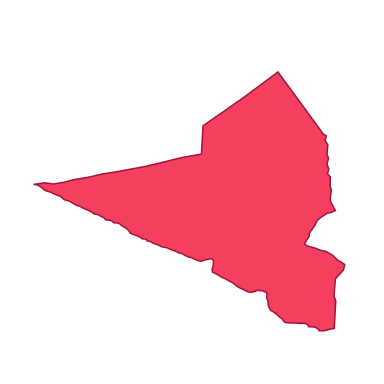 the district of At Tadamon - SK, South Kordufan, Sudan, rotated 275°
{"feature_id": "16777658B49478662281146", "entity_name": "At Tadamon - SK", "entity_type": "district", "adm_level": 2, "iso_a3": "SDN", "parent_name": "Sudan", "parent_adm1": "South Kordufan", "projection": "natural_earth1", "projection_center": [31.568, 12.176], "detail": "fine", "context": "isolated", "style": "filled", "palette": "rose", "viewbox_px": 384, "rotation_deg": 275, "n_neighbors": 0, "source": "geoboundaries", "source_scale": "gbopen_adm2", "svg_char_len": 2271}
<svg xmlns="http://www.w3.org/2000/svg" viewBox="0 0 384 384"><g transform="rotate(275 192 192)"><path d="M64.9,330.6L65.0,332.4L65.1,334.0L65.2,335.4L65.6,336.5L66.0,337.8L67.1,340.7L67.9,343.5L68.6,345.6L81.5,345.2L92.8,344.8L96.0,344.7L100.6,342.5L118.2,342.5L127.3,349.6L133.0,350.5L135.3,346.5L136.8,342.9L141.0,338.0L144.5,330.7L145.2,325.0L146.8,319.6L148.3,311.6L150.2,308.5L157.8,312.5L161.2,312.5L165.1,314.7L169.6,317.4L174.6,319.2L178.0,322.7L182.6,328.5L183.7,332.1L186.0,336.5L194.8,330.7L199.4,330.3L205.9,330.7L210.1,329.0L216.0,328.7L219.2,328.5L221.9,325.4L226.8,326.3L231.4,324.1L234.2,324.5L237.5,325.0L241.3,323.2L250.8,323.2L255.0,320.1L259.6,321.0L261.1,317.8L289.9,292.7L319.1,267.1L318.8,266.8L318.6,266.6L316.0,263.7L289.7,234.1L259.0,197.3L258.8,197.2L231.1,198.1L230.6,198.1L225.7,179.8L223.9,174.4L213.4,143.4L205.1,113.1L202.0,100.7L197.8,87.8L194.1,73.4L194.0,73.0L191.0,65.1L187.9,53.5L188.0,51.1L188.3,44.2L187.6,41.4L185.8,33.5L185.7,34.9L185.6,37.1L184.0,40.8L181.4,44.4L180.2,47.5L179.5,51.3L177.6,56.2L176.2,61.3L173.2,65.5L172.2,70.7L170.5,74.2L168.6,78.0L168.2,81.1L166.5,84.7L164.4,91.1L162.9,94.7L161.6,96.2L161.2,100.7L159.5,103.8L158.7,106.7L156.8,108.2L156.6,113.8L154.5,117.0L154.7,120.3L153.9,123.0L152.2,125.0L151.1,127.9L149.6,130.4L147.5,132.8L145.6,134.1L144.4,137.7L143.7,141.2L142.3,144.6L141.0,146.6L141.2,149.0L140.4,151.0L139.3,151.5L139.3,153.5L138.7,155.7L137.4,158.2L136.8,160.8L136.0,164.2L135.1,165.3L134.5,168.6L134.3,171.9L133.2,175.1L132.4,177.5L131.5,181.1L130.1,184.4L129.7,187.7L127.8,191.3L126.9,194.4L126.7,196.6L125.7,199.5L124.6,202.6L124.0,205.3L123.8,207.3L125.0,209.8L125.9,212.4L126.9,215.5L127.1,217.5L125.9,219.1L124.2,219.5L121.4,219.5L118.7,219.3L116.6,218.6L113.9,219.6L112.0,224.5L109.7,229.1L108.6,232.5L106.7,236.5L105.2,240.3L103.1,243.6L101.2,246.5L99.6,250.7L98.3,254.3L97.3,256.9L97.3,259.2L97.9,262.3L99.8,265.8L99.6,271.2L98.3,275.2L95.6,275.6L92.6,275.6L91.2,276.7L89.1,277.4L87.0,277.6L84.6,278.3L80.9,280.7L80.0,283.0L78.7,285.0L77.3,287.4L75.2,289.9L73.5,292.8L71.0,294.8L70.1,296.5L70.1,300.1L70.5,307.4L70.5,311.4L71.0,315.4L70.4,317.7L69.5,319.2L68.0,319.9L68.2,324.8L68.0,326.8L66.6,329.2L66.3,330.3L64.9,330.6Z" fill="#f43f5e" stroke="#9f1239" stroke-width="1.5"/></g></svg>